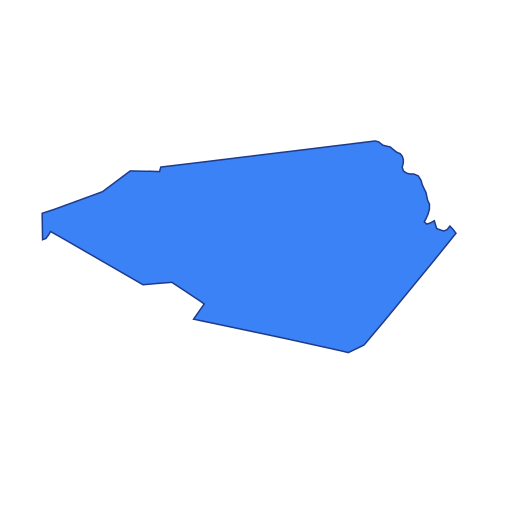 Cabeceiras do Piauí, Piauí, Brazil (Natural Earth projection), rotated 341°
{"feature_id": "56859067B86775361644795", "entity_name": "Cabeceiras do Piauí", "entity_type": "district", "adm_level": 2, "iso_a3": "BRA", "parent_name": "Brazil", "parent_adm1": "Piauí", "projection": "natural_earth1", "projection_center": [-42.282, -4.443], "detail": "fine", "context": "isolated", "style": "filled", "palette": "blue", "viewbox_px": 512, "rotation_deg": 341, "n_neighbors": 0, "source": "geoboundaries", "source_scale": "gbopen_adm2", "svg_char_len": 1003}
<svg xmlns="http://www.w3.org/2000/svg" viewBox="0 0 512 512"><g transform="rotate(341 256 256)"><path d="M67.7,146.0L59.5,171.1L63.1,171.0L66.5,168.7L69.7,166.0L76.8,173.9L139.8,246.4L152.8,249.6L167.9,253.5L188.4,280.3L191.4,284.5L176.4,295.4L256.4,343.3L305.9,373.6L311.9,377.4L329.2,375.3L355.5,359.6L421.4,319.1L452.5,299.6L451.1,295.4L449.1,290.8L445.3,293.3L441.7,293.5L439.1,291.6L435.8,288.9L435.9,284.4L436.1,280.7L431.9,281.5L427.7,281.4L426.3,278.4L428.9,276.1L432.3,272.4L435.2,268.2L436.9,263.5L436.4,259.2L436.8,255.9L437.4,251.3L436.8,246.6L436.4,242.5L436.7,238.2L435.5,233.1L432.0,229.9L428.2,228.5L425.6,226.9L423.1,223.7L423.1,219.6L425.5,216.2L426.7,212.8L426.8,209.4L425.6,206.1L422.9,203.8L420.2,199.6L418.4,196.6L415.5,194.8L412.0,192.5L409.1,188.0L406.1,186.0L341.1,172.2L300.5,163.5L270.5,157.1L265.7,156.1L214.8,145.2L194.9,140.9L192.3,144.8L182.7,141.1L179.9,140.2L164.8,134.6L131.8,145.2L80.3,146.2L67.7,146.0Z" fill="#3b82f6" stroke="#1e3a8a" stroke-width="1.5"/></g></svg>